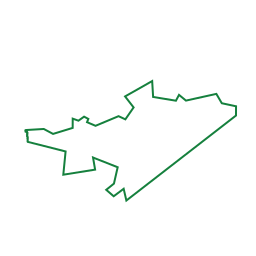 the district of Lainya, Central Equatoria, South Sudan, rotated 118°
{"feature_id": "79223893B40788586970477", "entity_name": "Lainya", "entity_type": "district", "adm_level": 2, "iso_a3": "SSD", "parent_name": "South Sudan", "parent_adm1": "Central Equatoria", "projection": "mercator", "projection_center": [31.019, 4.203], "detail": "fine", "context": "isolated", "style": "outline", "palette": "green", "viewbox_px": 256, "rotation_deg": 118, "n_neighbors": 0, "source": "geoboundaries", "source_scale": "gbopen_adm2", "svg_char_len": 1109}
<svg xmlns="http://www.w3.org/2000/svg" viewBox="0 0 256 256"><g transform="rotate(118 128 128)"><path d="M177.8,217.3L178.2,217.5L178.4,217.2L178.5,217.0L178.8,216.9L179.3,216.8L179.3,216.5L179.1,216.3L178.7,216.2L178.4,215.9L178.4,215.7L178.8,215.5L179.1,215.2L179.1,214.9L179.2,214.7L179.6,214.7L179.8,214.9L180.0,214.7L180.0,214.4L180.2,214.1L180.4,214.0L180.8,214.0L181.0,213.9L181.2,214.0L181.5,214.0L181.9,213.6L182.0,213.4L182.4,213.4L182.6,213.3L182.6,213.0L182.7,212.7L183.0,212.6L183.2,212.3L183.6,212.3L183.7,212.2L183.7,211.9L184.0,211.7L184.4,211.8L184.7,211.8L184.9,211.6L185.1,211.2L185.3,211.1L185.8,210.9L186.3,210.6L186.7,210.6L187.1,210.2L187.3,210.0L178.0,172.1L199.6,163.2L180.2,137.5L170.5,145.0L167.5,118.7L183.7,114.3L192.8,118.2L195.0,108.6L183.7,103.3L192.8,95.4L66.3,38.5L58.1,42.8L62.1,56.8L56.4,66.0L76.6,89.7L74.8,98.5L81.4,98.5L88.8,120.4L75.2,128.7L101.5,145.4L107.2,132.7L121.6,134.4L122.0,141.9L141.3,157.7L142.1,166.9L138.6,167.3L138.6,172.1L144.8,175.2L145.7,181.2L153.9,176.9L168.4,191.4L168.4,201.9L177.8,217.3Z" fill="none" stroke="#15803d" stroke-width="2"/></g></svg>